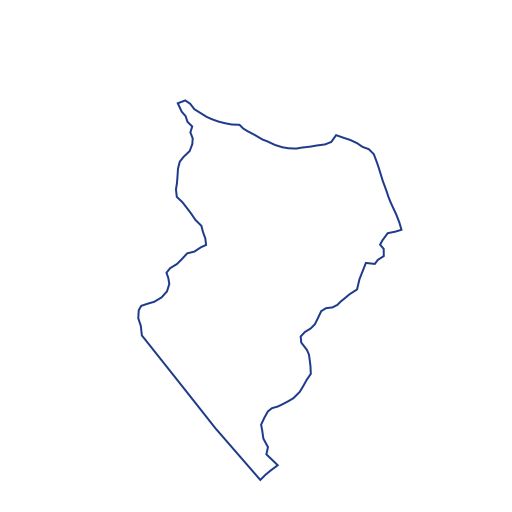 Jijoca de Jericoacoara, Ceará, Brazil, rotated 45°
{"feature_id": "56859067B74295289149447", "entity_name": "Jijoca de Jericoacoara", "entity_type": "district", "adm_level": 2, "iso_a3": "BRA", "parent_name": "Brazil", "parent_adm1": "Ceará", "projection": "mercator", "projection_center": [-40.5, -2.875], "detail": "fine", "context": "isolated", "style": "outline", "palette": "blue", "viewbox_px": 512, "rotation_deg": 45, "n_neighbors": 0, "source": "geoboundaries", "source_scale": "gbopen_adm2", "svg_char_len": 1783}
<svg xmlns="http://www.w3.org/2000/svg" viewBox="0 0 512 512"><g transform="rotate(45 256 256)"><path d="M419.3,388.6L403.6,388.9L399.6,382.7L390.3,379.9L383.5,374.8L378.9,371.7L376.2,364.2L374.3,357.5L374.9,352.3L377.9,346.9L379.5,342.3L381.4,336.3L383.0,330.0L383.0,321.2L381.4,314.6L379.4,307.7L378.1,300.6L372.2,295.2L367.3,291.4L363.2,288.3L358.4,286.4L349.2,285.2L344.5,281.3L344.3,275.2L345.9,268.6L345.9,262.6L343.8,256.4L341.1,248.9L342.4,243.4L346.4,238.3L348.1,233.1L348.1,228.2L348.7,222.6L349.2,216.9L351.1,208.2L345.6,199.3L338.6,183.2L345.6,177.6L344.9,172.5L346.4,165.7L341.3,160.7L335.7,160.2L334.3,155.4L333.0,146.7L337.3,140.3L340.3,134.6L333.8,131.0L325.9,127.5L317.6,124.5L312.6,122.6L307.5,120.4L302.4,117.8L292.2,113.1L281.5,107.4L276.1,104.7L267.3,100.7L260.2,100.7L254.0,103.6L247.8,104.7L240.4,107.4L234.5,110.4L227.2,113.9L228.6,122.1L225.9,128.3L220.9,134.8L216.9,140.5L211.7,147.0L208.5,151.6L202.6,157.0L197.7,160.5L191.0,164.0L182.8,167.0L178.4,169.0L169.2,171.4L161.8,173.7L156.8,174.9L151.6,174.9L145.7,180.3L140.4,183.9L134.4,187.5L127.8,190.6L122.8,192.5L108.6,195.8L101.9,194.9L96.0,196.0L92.7,203.3L101.4,206.5L107.4,206.9L112.7,209.6L119.3,209.5L122.2,215.0L128.1,217.6L131.9,222.0L134.9,228.7L134.7,237.2L135.4,243.2L139.0,249.3L144.7,255.8L148.7,260.5L152.3,265.5L158.2,270.2L166.0,270.0L173.7,271.0L180.3,271.9L187.5,273.3L196.1,273.3L201.5,276.5L207.7,279.4L212.9,283.5L210.9,288.7L209.3,296.5L205.5,302.7L205.8,311.4L205.8,317.4L203.9,325.2L204.5,331.1L209.6,333.6L214.5,337.1L218.1,344.0L218.5,352.1L216.4,360.4L213.4,365.8L210.1,372.4L211.4,377.2L216.7,383.2L224.0,386.9L231.5,392.9L239.7,393.8L295.4,400.2L319.4,403.0L348.9,406.5L417.4,411.3L417.4,403.7L418.1,396.7L419.3,388.6Z" fill="none" stroke="#1e3a8a" stroke-width="2"/></g></svg>